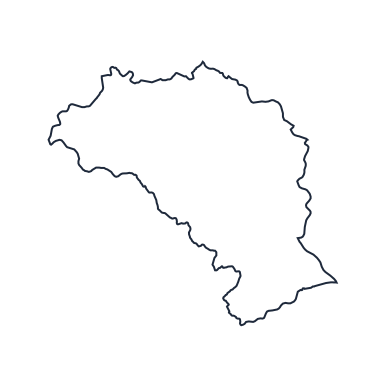 Melawi, Kalimantan Barat, Indonesia, rotated 75°
{"feature_id": "22746128B3341090541732", "entity_name": "Melawi", "entity_type": "district", "adm_level": 2, "iso_a3": "IDN", "parent_name": "Indonesia", "parent_adm1": "Kalimantan Barat", "projection": "albers", "projection_center": [111.782, -0.735], "detail": "fine", "context": "isolated", "style": "outline", "palette": "slate", "viewbox_px": 384, "rotation_deg": 75, "n_neighbors": 0, "source": "geoboundaries", "source_scale": "gbopen_adm2", "svg_char_len": 5927}
<svg xmlns="http://www.w3.org/2000/svg" viewBox="0 0 384 384"><g transform="rotate(75 192 192)"><path d="M333.4,178.9L333.4,177.1L333.0,175.4L331.5,173.4L331.7,170.7L333.3,166.6L333.1,164.8L331.6,161.3L331.8,158.5L332.5,156.8L332.5,156.0L332.3,155.1L331.7,154.5L328.4,152.0L326.9,150.5L326.6,148.8L327.2,145.0L327.5,140.1L327.0,138.3L326.0,136.8L324.7,135.5L323.3,133.1L323.3,130.4L324.5,127.8L325.0,125.8L324.2,121.9L323.1,120.3L322.1,119.3L315.7,115.6L314.7,112.5L315.2,111.5L315.2,111.1L314.9,110.6L314.4,110.5L313.8,109.9L313.9,109.2L314.1,108.6L314.7,108.3L315.3,101.8L314.5,99.6L314.9,98.6L314.7,97.8L314.6,86.1L315.2,81.2L315.8,79.1L316.2,78.1L316.3,77.3L316.9,75.8L315.2,76.1L312.8,77.2L308.6,80.0L303.9,83.8L301.4,85.2L297.8,86.0L293.2,86.2L290.6,87.1L287.9,88.3L283.9,90.9L279.0,96.2L276.9,97.6L274.8,98.6L269.6,100.2L267.9,101.0L263.9,101.8L264.3,98.5L263.9,96.8L263.2,95.9L261.5,94.4L255.0,92.1L248.9,89.0L247.2,87.3L244.8,84.2L243.2,82.9L241.7,82.6L240.6,82.9L236.2,85.4L234.3,85.3L233.4,84.8L232.8,84.2L230.7,81.0L228.9,79.1L227.1,78.6L224.9,78.7L224.0,78.8L220.1,80.4L218.8,81.7L216.9,84.9L215.1,86.8L213.3,87.2L209.0,87.6L208.3,87.0L207.0,84.8L206.5,82.3L206.1,81.4L204.3,79.6L202.7,78.6L201.7,78.2L199.6,77.7L196.2,75.4L194.6,74.9L193.8,74.8L192.7,74.9L190.1,75.5L189.3,75.2L186.6,73.5L182.4,69.6L179.9,68.3L179.2,68.0L178.4,67.9L176.8,68.6L175.1,70.3L173.8,70.3L172.3,68.5L171.5,67.9L171.4,67.0L170.2,67.8L165.8,74.3L165.2,75.6L163.8,77.8L162.5,79.0L160.4,79.8L157.2,80.5L155.5,77.4L154.3,76.7L152.3,78.8L148.2,82.0L146.3,84.3L143.0,84.7L139.4,83.8L132.4,83.9L130.0,84.5L127.6,85.8L126.4,87.4L124.6,89.3L124.1,90.5L123.9,91.4L124.3,94.7L123.9,97.7L122.6,101.0L121.6,109.7L120.4,111.2L118.1,112.0L115.2,112.6L112.2,112.8L110.4,112.7L108.4,112.1L105.6,112.3L103.9,113.5L102.2,115.1L101.5,116.1L100.9,118.4L99.9,119.1L98.2,119.5L97.0,119.3L95.9,119.7L94.7,121.0L93.3,124.0L92.6,124.6L89.6,126.7L90.0,127.4L91.2,128.5L90.9,129.3L90.4,130.0L88.2,131.4L87.4,131.6L85.7,131.6L84.9,131.9L84.2,134.1L82.5,134.8L81.4,135.9L80.8,136.9L79.1,138.5L78.3,139.8L77.9,141.8L77.1,143.6L76.0,144.8L74.7,145.9L73.1,146.7L70.7,147.0L69.0,147.9L70.7,149.6L71.7,151.1L72.6,153.4L73.1,155.6L74.1,156.2L74.5,157.6L75.8,158.8L76.8,161.2L77.0,161.3L78.2,160.9L82.3,161.0L82.6,161.5L82.9,163.9L82.6,165.2L82.2,165.7L81.3,166.4L78.6,167.9L78.5,169.1L78.3,169.6L73.1,175.9L73.1,177.0L74.3,178.4L75.8,181.1L77.0,182.5L77.4,183.7L77.4,184.8L77.0,186.1L77.2,188.6L76.4,191.5L76.2,191.8L75.4,192.3L74.7,193.2L74.9,194.2L75.7,202.3L71.3,211.5L71.0,212.4L72.2,214.5L72.4,215.6L72.0,217.4L72.3,219.0L71.1,220.6L69.7,221.9L69.0,222.4L67.9,222.6L67.3,222.5L65.3,219.9L63.9,218.7L62.4,218.5L61.7,218.6L60.9,218.9L60.3,219.6L59.3,221.3L60.8,223.6L61.8,225.7L62.4,227.5L62.3,228.7L62.1,229.0L59.3,230.8L58.8,231.0L56.3,231.3L54.9,232.1L54.3,232.8L52.7,233.1L52.1,233.8L52.0,234.9L50.8,236.0L50.6,236.4L50.6,237.5L51.5,238.9L52.3,239.2L56.8,239.4L57.7,239.7L58.1,240.2L58.1,240.8L57.2,242.9L56.8,249.2L58.7,249.7L68.3,250.8L69.8,251.6L71.0,252.7L72.4,255.1L73.8,256.1L76.4,259.6L76.7,259.7L77.2,260.8L82.3,268.2L82.5,269.1L82.5,269.9L82.1,271.5L82.2,274.0L81.6,276.2L76.4,284.5L76.0,286.1L76.9,288.3L78.6,289.2L80.2,290.4L81.3,291.6L81.5,292.7L80.6,296.2L80.7,297.2L81.3,299.0L82.5,301.0L83.6,302.0L85.5,302.0L90.0,301.4L91.6,301.5L92.4,301.8L92.9,302.8L92.6,304.7L92.6,307.0L92.9,309.3L93.1,309.6L94.8,311.0L101.1,314.0L104.4,317.0L109.2,316.5L109.8,315.9L109.1,314.3L108.2,312.9L107.9,312.1L107.4,310.2L107.3,306.5L108.3,304.6L110.9,303.3L115.1,301.7L116.4,301.0L120.4,294.7L123.8,293.0L125.5,292.5L130.6,292.4L132.8,293.7L135.1,294.3L136.8,294.0L139.9,292.4L142.2,291.5L143.1,290.5L143.9,290.0L145.1,287.5L145.7,286.9L145.9,285.8L145.7,283.9L144.9,282.7L143.6,278.3L144.6,274.8L145.2,273.7L146.0,270.7L147.4,269.3L148.3,267.9L151.7,264.8L154.2,263.9L156.7,262.6L157.7,261.3L157.7,259.2L156.5,256.5L156.2,255.2L156.2,254.0L157.1,250.1L157.3,247.5L157.8,246.7L158.3,245.2L158.9,244.6L160.5,243.4L160.7,242.2L161.1,241.8L161.8,241.3L163.7,241.5L164.5,241.2L166.5,240.4L167.7,239.5L169.7,239.2L171.4,238.4L173.9,237.8L174.5,237.0L174.5,236.2L174.2,235.9L174.8,235.5L176.9,235.4L181.0,233.8L181.5,233.4L182.0,231.1L182.7,230.1L184.2,229.3L186.0,229.3L190.5,228.6L193.6,228.9L195.6,228.7L197.6,228.8L199.3,229.2L200.0,229.0L201.3,228.0L204.0,226.5L204.8,225.1L205.2,224.0L205.7,223.3L210.9,219.9L211.3,219.3L212.5,218.1L212.7,217.4L212.6,215.8L212.8,215.0L213.3,214.3L214.8,214.0L215.6,214.1L216.5,214.2L217.8,214.7L218.9,214.7L219.4,214.3L219.6,213.6L219.4,210.1L220.2,208.9L220.6,207.0L220.6,206.4L220.1,205.7L220.0,204.9L220.4,204.3L221.1,203.9L223.2,204.0L225.5,202.9L227.1,203.0L227.7,203.2L228.5,203.7L230.3,205.4L232.2,205.8L234.4,205.6L235.5,205.7L236.7,205.3L237.4,204.9L239.5,204.5L240.6,203.7L241.3,203.5L241.8,203.1L242.6,201.5L243.4,200.9L245.2,200.2L246.3,199.5L246.3,197.7L246.2,197.1L245.5,196.3L245.5,195.4L245.8,194.8L246.4,194.1L248.3,193.5L249.7,192.7L250.7,191.6L252.0,190.5L253.1,189.3L253.8,186.8L254.2,186.4L254.6,185.0L255.9,184.3L256.5,184.1L259.6,184.9L261.5,187.4L267.5,191.0L269.9,190.2L273.6,190.0L274.0,188.6L273.8,187.9L272.5,185.8L272.5,184.4L271.5,182.5L271.7,182.0L273.1,181.6L273.5,180.9L273.5,179.4L273.7,178.5L273.4,176.4L274.1,172.6L274.7,171.9L277.1,171.0L279.7,170.5L280.3,169.8L280.6,167.7L281.0,166.8L281.7,166.5L285.4,166.8L286.1,167.1L287.9,168.8L290.6,170.5L293.5,172.7L294.3,173.4L295.2,175.1L295.6,176.3L296.7,178.1L296.7,179.4L297.1,180.4L297.7,181.0L298.8,183.9L299.7,184.6L300.2,185.3L300.2,186.1L300.9,187.0L301.9,188.9L302.9,189.4L304.6,189.0L305.4,188.3L305.8,187.5L307.9,186.8L309.5,185.8L310.4,185.7L311.3,187.3L311.8,187.9L316.9,186.8L317.7,187.5L318.2,187.5L320.0,186.2L321.0,185.9L321.8,185.3L322.2,183.9L322.7,183.2L324.1,181.9L325.1,181.8L326.0,180.9L326.7,179.0L327.4,178.6L329.8,178.9L331.2,179.6L331.9,179.6L332.7,179.4L333.4,178.9Z" fill="none" stroke="#1e293b" stroke-width="2"/></g></svg>